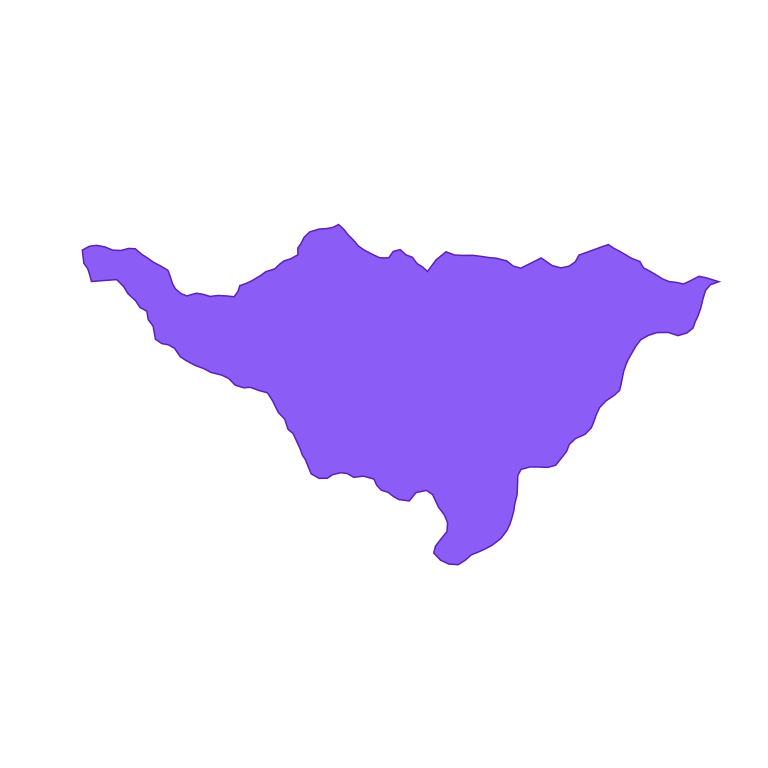 Ipiaú, Bahia, Brazil (Robinson projection), rotated 278°
{"feature_id": "56859067B59871971648685", "entity_name": "Ipiaú", "entity_type": "district", "adm_level": 2, "iso_a3": "BRA", "parent_name": "Brazil", "parent_adm1": "Bahia", "projection": "robinson", "projection_center": [-39.724, -14.039], "detail": "fine", "context": "isolated", "style": "filled", "palette": "violet", "viewbox_px": 768, "rotation_deg": 278, "n_neighbors": 0, "source": "geoboundaries", "source_scale": "gbopen_adm2", "svg_char_len": 2706}
<svg xmlns="http://www.w3.org/2000/svg" viewBox="0 0 768 768"><g transform="rotate(278 384 384)"><path d="M247.2,521.1L255.6,525.9L262.2,528.1L268.5,529.2L276.5,530.2L283.6,530.2L292.7,531.2L303.3,530.2L312.0,529.2L318.5,531.6L322.2,540.2L323.4,549.4L324.3,557.9L327.4,565.3L335.0,569.8L342.7,574.2L349.9,575.9L356.5,581.1L362.2,590.1L369.3,595.3L375.6,597.0L382.8,598.4L390.7,600.8L398.2,606.2L405.1,613.8L410.5,618.2L416.2,618.8L423.8,619.2L429.9,619.6L437.1,621.0L443.0,622.7L448.9,625.1L456.4,628.1L463.6,632.1L468.9,639.0L472.9,647.1L474.6,658.4L472.8,668.4L476.7,676.9L482.4,682.2L489.2,683.6L495.0,685.4L503.2,687.1L512.5,688.0L521.5,689.4L527.8,693.5L531.9,701.4L533.9,689.1L534.5,680.9L529.3,673.7L524.7,666.6L525.3,659.7L525.1,652.3L526.5,646.2L528.9,640.6L532.5,632.1L535.2,624.7L540.9,620.3L542.9,611.7L547.6,600.5L550.4,592.7L553.3,586.8L550.4,581.0L538.8,559.2L531.6,556.4L526.5,551.0L523.6,543.1L524.7,534.0L530.7,522.1L517.7,503.3L518.8,495.4L523.0,488.4L524.2,477.1L523.8,470.6L523.9,463.4L523.8,454.3L522.4,444.7L521.5,436.2L523.6,427.0L514.3,418.4L501.5,411.4L505.1,406.2L507.8,400.1L513.4,394.5L515.0,387.7L519.4,381.3L516.6,374.7L509.5,371.1L508.4,362.2L510.8,354.4L513.9,345.7L517.0,339.6L522.4,333.5L526.6,327.8L531.4,322.9L535.6,316.8L532.0,311.7L529.9,305.5L528.4,298.1L524.2,289.2L518.2,284.5L511.9,282.4L506.5,279.7L500.0,280.8L495.0,274.2L492.0,267.8L487.8,263.7L482.9,259.9L478.8,251.4L473.7,246.0L467.8,238.7L464.4,233.4L461.3,227.5L455.6,226.6L449.5,223.4L449.3,216.0L448.6,207.3L446.5,199.5L447.6,192.7L447.8,185.6L443.8,176.4L445.3,170.3L449.2,164.2L454.1,160.5L460.6,157.4L466.5,154.2L469.9,146.1L472.3,139.2L475.8,132.4L478.8,125.9L483.3,118.9L482.7,112.2L479.6,104.8L478.8,96.7L480.9,88.7L481.3,80.2L479.4,73.1L474.6,66.6L461.7,70.0L457.1,74.5L450.7,77.6L444.8,80.0L450.2,104.8L444.4,112.4L437.6,118.1L432.0,126.3L425.7,131.8L423.2,138.9L414.9,141.6L409.3,147.2L403.4,149.2L396.5,151.4L393.1,158.3L392.8,165.1L390.2,171.6L382.7,178.4L379.4,185.3L376.1,194.5L374.1,203.6L371.4,210.8L370.2,222.1L367.8,229.5L362.2,236.7L360.7,245.6L362.1,252.1L360.1,261.3L359.1,269.8L352.0,275.9L341.2,283.2L335.3,290.6L325.7,295.3L322.2,300.9L317.1,304.2L308.1,310.0L302.2,313.1L297.9,316.9L292.0,320.2L284.9,324.4L281.5,332.9L282.8,341.0L287.2,345.9L290.2,353.7L290.2,360.1L287.4,367.0L289.9,376.6L288.4,387.3L282.7,390.9L278.5,396.0L277.3,403.1L273.8,409.2L271.6,414.9L271.7,425.3L280.9,430.8L284.5,440.8L281.3,447.5L275.6,451.2L269.5,455.2L262.7,462.0L255.6,466.2L246.6,466.9L238.6,462.1L230.8,457.6L223.6,456.7L217.4,464.5L214.7,473.3L215.4,482.6L221.1,489.3L226.9,494.1L230.0,499.6L234.2,506.3L239.0,513.1L247.2,521.1Z" fill="#8b5cf6" stroke="#5b21b6" stroke-width="1.5"/></g></svg>